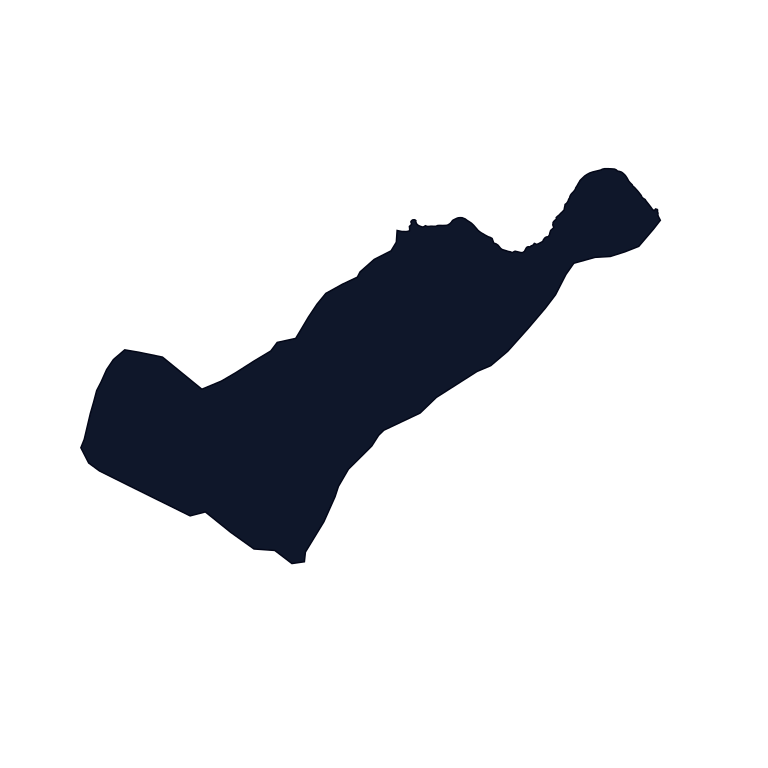 Ouani, Andjouân, Comoros (Mercator projection), rotated 75°
{"feature_id": "10938185B16418977449415", "entity_name": "Ouani", "entity_type": "district", "adm_level": 2, "iso_a3": "COM", "parent_name": "Comoros", "parent_adm1": "Andjouân", "projection": "mercator", "projection_center": [44.433, -12.159], "detail": "fine", "context": "isolated", "style": "filled", "palette": "ink", "viewbox_px": 768, "rotation_deg": 75, "n_neighbors": 0, "source": "geoboundaries", "source_scale": "gbopen_adm2", "svg_char_len": 3306}
<svg xmlns="http://www.w3.org/2000/svg" viewBox="0 0 768 768"><g transform="rotate(75 384 384)"><path d="M297.4,74.7L293.2,75.6L291.5,75.7L289.9,75.1L288.3,75.2L286.7,74.7L286.0,75.0L285.2,76.4L286.4,78.0L286.4,78.4L284.6,79.6L282.4,80.4L279.0,81.8L275.1,83.5L273.4,84.0L271.9,85.4L270.6,86.4L268.3,86.8L265.0,88.2L263.2,89.0L260.7,90.3L258.9,91.2L257.4,92.4L255.8,92.7L253.4,94.1L251.3,95.1L247.9,95.9L245.0,96.9L242.8,98.2L241.4,99.2L240.5,100.1L239.5,101.7L238.8,103.3L237.3,104.2L236.1,105.6L235.6,107.0L234.6,109.9L234.0,111.9L233.1,115.2L233.0,117.5L233.4,119.3L233.2,127.4L233.4,130.6L234.1,133.6L235.0,136.3L237.4,140.7L238.2,142.0L239.4,143.1L240.8,144.6L242.1,145.8L243.3,147.1L244.2,148.1L245.4,148.8L246.4,150.0L247.3,151.2L248.1,152.6L249.0,154.0L250.0,155.1L251.0,155.9L252.3,156.6L253.2,157.7L255.1,159.0L255.9,159.9L256.8,161.0L257.4,162.6L258.4,163.0L260.1,163.9L261.6,164.6L262.3,164.8L263.1,166.0L264.0,167.5L264.7,168.9L266.1,171.1L266.9,173.0L267.8,174.6L269.4,174.8L270.1,176.6L270.8,177.8L271.7,178.9L272.7,179.1L273.4,179.6L274.7,179.8L276.1,179.5L276.9,179.6L277.6,180.9L278.6,182.9L279.2,183.6L280.1,184.1L281.3,184.9L282.5,185.4L283.6,186.5L284.2,187.3L284.0,189.1L284.3,190.4L284.9,191.4L286.1,192.8L287.4,193.8L287.7,195.1L288.2,197.3L288.5,198.5L288.6,199.6L288.5,200.8L287.3,202.0L287.1,202.4L287.6,203.0L288.6,204.5L288.6,206.1L289.4,207.2L288.7,209.2L288.8,210.4L289.4,211.4L292.3,214.1L292.9,216.1L292.8,216.7L292.3,218.1L290.8,220.8L289.7,222.9L289.7,223.8L290.2,225.4L290.1,226.4L289.1,227.6L287.9,230.0L287.0,231.3L284.8,234.9L283.4,236.1L282.2,236.7L280.8,237.3L279.3,238.0L278.1,239.1L277.5,239.6L276.9,240.6L276.3,241.5L271.4,241.9L270.7,242.6L269.6,243.8L269.0,244.9L267.7,246.3L266.0,248.1L264.7,249.3L263.4,250.7L261.5,252.3L259.8,253.5L257.8,254.4L256.2,255.2L253.9,256.3L253.6,256.5L251.3,257.9L249.6,259.4L247.3,261.5L245.6,262.8L244.4,264.4L243.6,265.5L243.0,267.4L242.7,269.1L242.7,270.3L243.2,273.1L243.6,275.0L244.2,276.0L245.1,277.0L246.2,278.8L246.9,281.2L246.9,282.6L246.5,284.5L246.0,286.5L245.1,289.6L244.8,291.3L245.1,293.1L244.3,295.9L243.7,297.8L243.4,300.0L243.0,301.4L241.8,303.1L242.1,303.8L242.4,304.9L242.4,306.0L241.8,307.0L240.7,308.6L239.6,309.9L238.5,310.6L237.6,311.1L236.6,311.2L235.4,311.3L234.4,310.9L233.5,311.6L233.1,312.4L232.9,314.0L233.3,314.9L234.0,315.9L234.7,316.1L235.4,316.0L236.4,316.0L237.0,316.2L238.4,318.7L241.0,319.1L242.6,319.7L242.7,321.3L242.5,323.1L241.2,327.5L239.1,331.6L250.2,335.4L257.2,342.7L261.1,361.2L269.5,378.1L273.9,382.1L276.8,398.2L281.4,416.7L289.5,428.0L299.8,439.7L311.6,451.8L317.1,457.5L316.2,476.4L322.8,484.8L328.2,503.7L334.7,524.3L339.1,540.4L341.9,561.3L300.7,591.0L289.8,612.7L283.9,625.6L290.3,639.0L298.3,648.2L309.0,656.9L315.9,663.2L326.2,669.1L336.5,675.3L359.9,687.9L367.1,693.3L383.9,689.7L394.4,681.3L416.4,656.4L436.7,633.3L461.2,605.4L461.3,589.7L487.7,570.4L509.7,552.3L516.5,532.6L533.6,519.4L535.1,506.9L526.0,503.4L501.5,477.7L480.3,460.5L471.1,454.5L457.1,440.4L454.7,436.2L445.6,420.3L440.7,411.8L432.2,402.5L428.6,396.1L421.4,356.6L410.5,336.9L396.0,291.0L393.9,276.1L384.4,256.0L367.5,230.2L352.5,208.5L342.2,195.2L325.3,179.9L316.5,169.4L316.3,147.3L319.4,132.4L318.7,117.1L317.0,102.3L304.2,83.7L297.4,74.7Z" fill="#0f172a" stroke="#020617" stroke-width="1.5"/></g></svg>